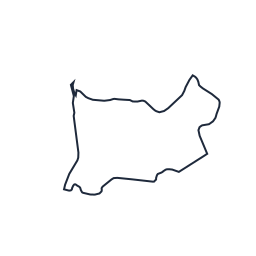 the Department of León, rotated 51°
{"feature_id": "NIC-658", "entity_name": "León", "entity_type": "Department", "adm_level": 1, "iso_a3": "NIC", "parent_name": "Nicaragua", "parent_adm1": "", "projection": "orthographic", "projection_center": [-86.624, 12.561], "detail": "fine", "context": "isolated", "style": "outline", "palette": "slate", "viewbox_px": 256, "rotation_deg": 51, "n_neighbors": 0, "source": "natural_earth", "source_scale": "10m", "svg_char_len": 1750}
<svg xmlns="http://www.w3.org/2000/svg" viewBox="0 0 256 256"><g transform="rotate(51 128 128)"><path d="M135.4,216.3L132.5,212.6L126.7,202.5L121.3,187.7L119.7,185.3L115.9,182.0L84.4,162.6L82.4,160.1L73.8,155.1L69.1,150.0L58.5,145.2L58.1,141.5L59.8,143.9L62.8,145.9L66.4,147.4L69.7,148.0L66.2,144.1L69.6,142.1L77.2,141.2L79.8,140.1L82.4,138.5L83.9,137.6L91.9,129.3L95.0,124.3L96.2,121.2L96.8,120.2L99.8,117.3L103.7,113.1L107.4,109.0L110.4,107.6L113.4,104.0L115.5,99.9L116.6,98.8L118.3,97.9L129.4,96.4L131.6,95.9L132.8,95.4L135.5,93.7L137.5,89.3L137.9,84.3L136.5,65.3L134.6,60.9L132.5,57.5L129.3,50.0L127.8,44.6L130.4,43.6L131.9,43.4L133.9,43.5L136.4,44.3L139.4,45.8L141.2,45.6L144.3,44.9L154.4,41.5L163.0,39.7L164.9,40.2L166.0,40.8L168.8,43.6L172.8,50.3L174.4,52.5L175.2,53.8L176.3,57.7L176.0,62.7L172.6,68.7L172.4,70.5L172.4,71.9L174.0,74.6L179.1,77.2L197.9,82.7L197.5,86.6L195.7,102.2L194.1,116.1L188.1,119.8L185.9,122.0L184.6,123.7L184.2,124.6L184.0,125.4L184.0,126.0L183.8,127.6L183.8,128.2L183.9,128.6L183.8,129.3L183.6,130.3L182.7,133.1L182.5,133.8L182.6,134.3L182.9,135.1L183.1,135.5L184.5,137.6L185.5,138.4L185.7,138.7L185.8,139.1L185.8,140.1L185.9,140.6L186.1,141.2L185.9,141.7L185.3,142.5L170.3,157.3L160.0,167.7L157.9,170.7L157.6,173.2L157.6,184.4L157.8,185.4L158.2,186.4L158.9,186.9L159.7,187.4L160.6,188.5L160.9,191.4L158.9,195.7L155.9,199.2L150.1,203.7L149.2,204.1L148.8,204.1L146.6,203.7L144.4,202.8L144.1,202.8L143.7,202.8L143.3,202.8L142.9,202.9L140.6,203.8L139.5,204.0L138.9,204.3L138.5,204.5L138.3,204.8L138.1,205.2L138.1,205.7L138.2,206.1L138.4,207.0L139.5,209.2L140.2,210.0L140.4,210.4L140.5,210.9L140.5,211.3L140.5,211.7L139.8,212.9L139.2,213.5L135.4,216.3L135.4,216.3Z" fill="none" stroke="#1e293b" stroke-width="2"/></g></svg>